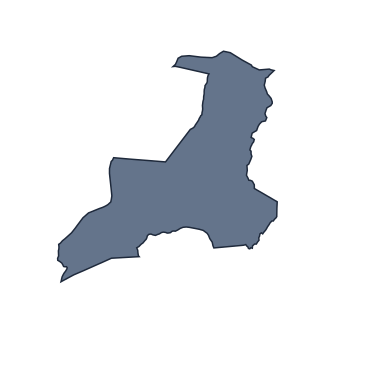 Lago da Pedra, Maranhão, Brazil (Robinson projection), rotated 213°
{"feature_id": "56859067B74680935890891", "entity_name": "Lago da Pedra", "entity_type": "district", "adm_level": 2, "iso_a3": "BRA", "parent_name": "Brazil", "parent_adm1": "Maranhão", "projection": "robinson", "projection_center": [-45.211, -4.719], "detail": "fine", "context": "isolated", "style": "filled", "palette": "slate", "viewbox_px": 384, "rotation_deg": 213, "n_neighbors": 0, "source": "geoboundaries", "source_scale": "gbopen_adm2", "svg_char_len": 2886}
<svg xmlns="http://www.w3.org/2000/svg" viewBox="0 0 384 384"><g transform="rotate(213 192 192)"><path d="M253.0,45.4L246.0,58.2L240.1,67.0L230.8,81.3L229.4,83.4L223.5,92.6L201.1,109.0L202.3,109.4L204.1,111.4L205.8,113.6L208.0,115.1L206.8,117.4L206.5,119.1L206.1,120.9L205.4,122.4L205.0,125.9L204.7,127.2L204.9,128.9L205.6,130.9L205.2,132.9L203.5,134.4L201.3,134.8L199.0,135.7L197.7,137.7L196.6,139.0L195.5,141.4L194.1,142.8L191.9,143.8L190.5,144.0L189.4,144.8L187.9,146.2L187.3,148.3L186.0,149.4L184.6,150.1L183.2,152.5L182.0,155.1L180.3,157.5L177.8,159.5L175.0,160.9L170.1,162.9L165.6,164.7L161.7,165.9L156.8,165.6L154.5,164.6L151.7,162.6L147.7,160.9L145.2,158.4L143.2,157.0L121.2,174.3L119.5,175.7L118.3,177.2L117.0,176.6L115.1,176.3L113.9,175.4L112.6,175.8L112.3,177.3L110.8,177.7L111.9,179.8L111.2,182.4L109.7,183.4L109.8,185.8L109.5,188.0L111.1,190.0L111.2,191.4L112.2,193.9L111.6,195.5L109.9,195.4L109.9,197.0L109.5,199.9L109.5,201.9L109.7,203.9L109.6,206.3L109.7,208.7L109.2,211.2L108.0,212.0L108.0,213.9L107.5,215.9L107.5,217.5L112.0,224.7L115.2,230.2L141.6,228.9L143.7,232.0L147.3,233.9L149.4,233.6L150.7,232.8L152.7,234.2L155.3,235.6L156.0,236.9L157.4,240.2L158.8,242.1L160.4,244.2L159.6,246.3L160.4,251.2L161.2,254.5L163.2,256.1L164.7,258.4L166.4,258.8L167.4,262.1L167.5,263.7L167.8,265.3L167.6,267.6L168.4,270.0L170.3,270.2L172.1,269.9L173.6,274.1L171.3,278.8L172.3,282.9L172.4,285.7L171.8,288.9L169.1,291.6L169.8,295.2L171.3,295.7L173.5,297.5L174.5,301.1L175.0,303.5L173.0,307.4L173.0,310.1L173.9,311.4L176.7,313.6L180.0,314.7L182.1,315.2L183.9,316.7L187.6,319.2L189.6,321.0L190.9,324.7L192.3,327.5L190.9,329.9L190.9,331.7L189.3,338.6L192.3,337.5L194.1,337.2L202.1,331.0L203.6,330.8L209.7,329.9L211.3,330.8L221.6,330.0L235.8,329.7L242.3,327.2L244.3,323.0L245.5,319.1L248.3,315.6L257.9,310.0L268.6,304.8L274.6,300.2L276.5,296.6L275.7,292.4L275.4,289.9L276.2,286.9L274.6,288.2L272.7,289.0L269.1,290.4L242.1,300.3L241.9,298.2L241.3,296.3L240.3,294.5L239.4,293.1L238.9,291.5L239.0,290.0L239.0,288.2L238.2,286.9L237.5,284.7L236.6,283.0L235.3,281.0L234.2,278.4L232.8,276.1L232.2,274.1L230.4,270.3L228.3,267.5L227.4,265.7L226.9,264.2L225.8,262.1L226.2,260.7L226.0,259.2L226.0,257.7L225.6,255.9L225.6,252.8L225.7,250.0L225.5,248.4L225.8,246.8L226.5,245.3L227.5,243.6L230.6,202.8L244.1,195.5L261.0,186.3L271.3,180.8L276.4,178.1L276.0,175.4L276.4,173.6L274.0,166.8L271.3,162.6L260.8,149.7L257.1,145.1L255.7,142.0L254.7,139.4L255.7,135.5L256.9,133.1L258.0,131.3L258.8,130.1L260.6,127.8L267.4,118.1L269.4,111.0L270.1,100.6L270.2,98.4L270.8,92.1L273.1,83.5L274.1,80.5L274.5,77.4L275.3,75.5L273.6,73.4L272.6,71.6L272.0,69.9L269.0,65.6L268.6,63.2L267.4,61.6L265.0,61.7L262.5,61.5L260.7,60.6L259.1,59.6L257.8,60.1L256.6,61.0L255.4,60.5L255.0,59.1L254.9,56.8L255.1,54.3L255.0,52.6L254.7,50.1L254.1,48.3L253.5,46.9L253.0,45.4Z" fill="#64748b" stroke="#1e293b" stroke-width="1.5"/></g></svg>